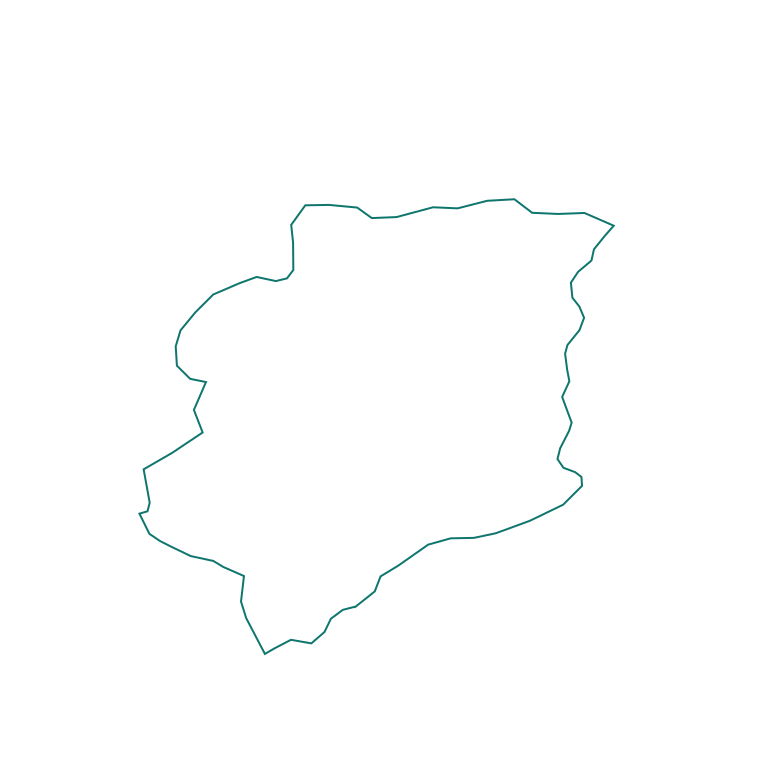 the district of Finspång, Östergötland, Sweden, rotated 330°
{"feature_id": "70781695B24148973800204", "entity_name": "Finspång", "entity_type": "district", "adm_level": 2, "iso_a3": "SWE", "parent_name": "Sweden", "parent_adm1": "Östergötland", "projection": "robinson", "projection_center": [15.801, 58.843], "detail": "fine", "context": "isolated", "style": "outline", "palette": "teal", "viewbox_px": 768, "rotation_deg": 330, "n_neighbors": 0, "source": "geoboundaries", "source_scale": "gbopen_adm2", "svg_char_len": 1210}
<svg xmlns="http://www.w3.org/2000/svg" viewBox="0 0 768 768"><g transform="rotate(330 384 384)"><path d="M247.6,562.7L272.3,559.0L284.8,548.9L305.9,548.4L341.9,545.2L364.6,551.0L384.9,562.2L406.0,569.1L442.0,575.4L478.8,578.1L504.6,571.2L508.5,563.2L505.4,555.8L497.5,546.3L496.7,535.7L504.5,527.7L520.9,517.1L527.2,511.3L531.8,484.3L545.9,474.3L549.8,463.1L556.0,448.3L562.3,442.0L580.2,435.1L590.4,426.7L591.9,414.5L590.3,403.5L596.5,389.7L608.2,383.9L625.4,380.8L633.2,372.3L649.6,366.0L662.1,361.8L643.1,336.1L619.8,323.8L597.9,309.8L589.3,289.2L564.9,276.9L535.6,268.7L516.9,256.8L514.9,255.5L478.3,245.7L456.4,234.2L449.0,217.8L425.9,201.4L405.2,189.9L383.2,199.8L375.9,216.2L362.5,239.9L352.8,244.0L341.8,240.8L327.2,227.6L308.9,224.4L280.9,221.1L277.6,222.0L256.5,227.6L234.6,235.8L222.4,247.3L219.4,253.4L213.8,264.6L218.7,282.6L230.8,293.3L206.4,311.4L202.7,335.3L166.1,337.7L133.2,337.7L121.7,369.7L115.5,376.0L107.4,374.0L105.9,396.4L111.5,408.0L119.1,419.6L130.6,436.4L147.7,451.9L153.4,462.2L166.7,480.3L151.4,500.9L147.6,517.8L145.9,558.2L157.2,558.2L175.5,559.0L191.4,572.3L208.5,569.0L220.7,560.7L235.4,559.0L247.6,562.4L247.6,562.7Z" fill="none" stroke="#0f766e" stroke-width="2"/></g></svg>